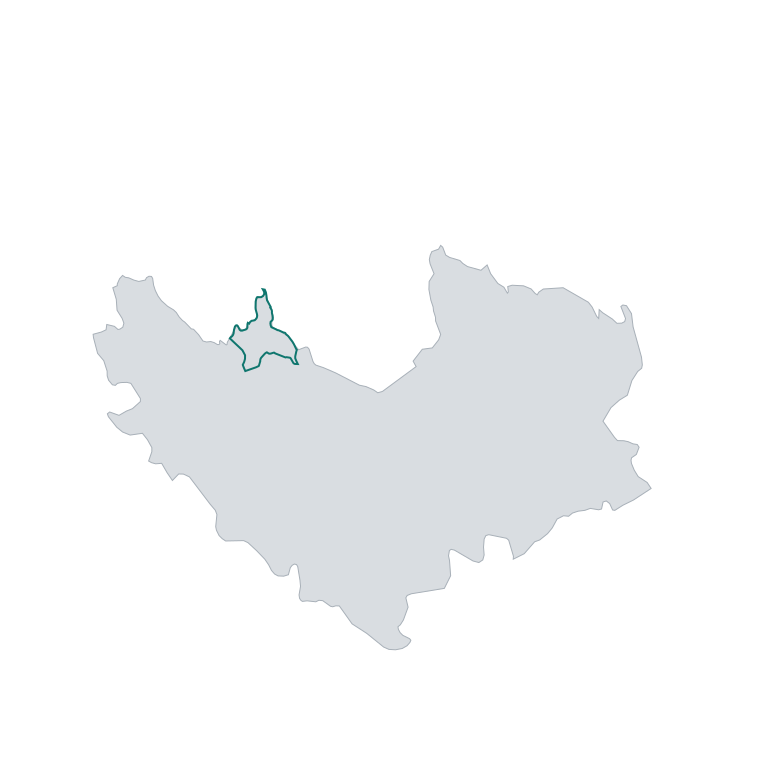 Guinea, with Guéckédou highlighted, rotated 144°
{"feature_id": "GIN-5640", "entity_name": "Guéckédou", "entity_type": "Prefecture", "adm_level": 1, "iso_a3": "GIN", "parent_name": "Guinea", "parent_adm1": "", "projection": "equal_earth", "projection_center": [-10.351, 8.727], "detail": "fine", "context": "in_parent", "style": "outline", "palette": "teal", "viewbox_px": 768, "rotation_deg": 144, "n_neighbors": 0, "source": "natural_earth", "source_scale": "10m", "svg_char_len": 5328}
<svg xmlns="http://www.w3.org/2000/svg" viewBox="0 0 768 768"><g transform="rotate(144 384 384)"><path d="M454.8,512.8L449.8,511.9L447.5,513.2L440.8,523.7L436.7,527.9L430.5,526.6L428.2,527.3L426.6,526.1L428.9,520.3L432.1,508.8L440.3,497.3L440.5,494.9L437.1,488.1L433.6,478.9L433.6,469.0L432.9,461.9L425.6,459.9L424.3,458.7L424.1,456.3L428.2,444.0L428.5,441.5L428.0,439.3L423.5,433.0L416.6,421.4L404.6,397.5L400.1,392.5L395.8,385.2L394.2,380.6L389.7,378.9L347.8,379.2L347.0,385.4L332.6,389.6L323.7,384.8L313.8,387.6L309.0,390.8L305.2,404.7L303.1,407.7L301.0,414.0L299.0,417.4L296.8,424.3L292.1,434.1L287.2,440.4L278.7,443.8L276.1,454.1L274.2,458.0L270.9,461.0L267.4,463.0L260.6,461.0L256.7,462.8L256.1,460.2L258.3,452.0L256.5,447.8L250.0,439.3L249.4,435.2L247.4,429.9L238.7,419.0L230.6,419.7L232.9,410.5L232.8,398.4L230.1,391.8L230.8,385.0L229.3,385.4L226.6,390.1L222.3,388.6L213.4,381.4L209.1,374.4L208.5,368.4L207.6,366.1L204.8,367.3L199.3,367.2L182.5,356.6L170.6,330.0L170.4,323.9L172.2,313.6L171.8,310.8L166.2,317.7L165.2,313.1L161.1,302.4L159.9,296.2L155.9,293.5L152.6,293.0L150.1,295.0L146.8,307.5L144.3,307.5L141.8,304.8L142.4,295.5L148.9,283.8L159.9,254.4L163.8,247.6L166.3,245.3L171.4,245.0L181.4,241.1L193.7,231.9L203.1,232.6L214.2,231.5L228.7,225.2L228.9,205.4L228.4,201.0L223.3,197.1L220.3,193.7L217.8,189.3L214.7,186.2L214.8,182.9L221.2,178.7L227.1,178.8L229.0,177.1L230.5,174.3L232.2,167.2L232.8,159.7L229.0,149.7L229.3,142.5L250.4,143.5L262.0,145.5L271.5,146.1L273.1,147.7L271.7,154.6L272.9,158.7L276.1,159.8L281.5,155.0L284.3,156.1L290.2,162.1L295.7,163.7L301.7,167.0L307.4,168.8L312.4,168.5L316.2,171.9L323.3,173.0L332.4,168.7L339.6,166.8L349.7,166.3L354.9,167.8L370.3,164.3L382.4,166.3L380.5,168.6L374.9,184.4L375.6,187.2L387.8,200.5L390.7,201.5L394.1,199.7L399.4,193.5L403.5,186.8L407.5,183.6L412.2,183.8L416.0,188.5L424.7,208.3L426.9,210.8L429.0,210.8L432.8,207.1L434.7,202.8L442.8,189.7L455.3,183.2L485.1,198.2L489.5,199.3L492.0,198.2L495.7,189.3L507.0,181.7L512.3,179.6L515.4,179.4L516.6,177.0L517.1,173.4L516.5,169.6L513.0,162.9L512.9,160.9L514.9,159.7L519.2,158.7L524.7,159.3L530.9,162.2L536.0,166.4L538.9,171.4L544.5,192.3L550.8,208.7L550.6,230.7L553.4,232.9L556.4,233.9L557.9,235.6L560.9,244.7L563.8,247.3L567.2,247.9L573.7,253.8L577.8,256.1L578.4,257.8L578.3,260.2L576.7,263.3L570.5,269.3L567.4,274.5L561.1,287.0L560.9,289.3L562.3,291.0L564.9,291.3L567.7,290.5L573.5,285.9L578.1,287.5L582.5,291.0L584.2,294.6L584.6,299.3L583.6,305.5L583.4,312.3L585.0,324.0L587.3,335.6L589.6,339.8L604.4,350.1L605.8,354.0L606.5,358.3L605.5,364.2L604.0,367.5L595.9,376.6L594.7,381.0L595.3,389.1L596.0,423.2L599.2,429.0L603.0,431.9L611.9,430.3L611.6,439.8L610.5,450.5L615.7,453.7L618.3,457.0L619.7,460.0L611.6,465.7L609.2,469.0L608.1,477.9L608.4,486.1L619.4,491.9L623.7,498.8L625.6,506.0L626.2,519.5L625.3,522.5L622.4,522.6L616.8,514.4L608.3,513.5L602.0,511.9L591.4,513.0L589.6,515.4L588.4,533.3L591.0,536.4L596.0,539.8L599.3,541.2L602.1,540.8L604.2,543.0L604.6,548.9L603.2,553.2L600.4,557.2L597.0,567.6L597.7,577.1L591.8,592.2L590.1,595.2L582.2,592.2L577.0,591.2L573.3,595.1L568.2,589.1L567.2,584.5L565.3,583.6L561.9,583.5L558.7,586.1L557.3,590.9L556.6,600.6L550.8,609.9L546.8,621.3L542.0,620.3L541.0,621.7L536.0,624.6L531.7,625.5L530.6,622.4L528.1,619.9L525.3,615.1L522.1,611.1L516.0,608.4L513.6,609.6L510.8,609.3L508.9,607.7L509.1,605.4L512.3,599.4L514.1,593.9L515.1,587.9L515.1,582.2L513.4,574.1L510.7,567.7L510.0,564.0L510.3,558.7L509.7,553.8L508.8,551.2L507.5,541.9L505.9,540.2L505.0,532.8L505.2,525.2L502.9,522.3L499.2,520.2L497.0,517.2L495.6,513.8L494.3,512.9L493.2,513.1L492.1,515.1L490.9,515.6L488.7,508.4L487.8,508.2L486.3,509.8L469.2,517.7L467.0,511.0L463.8,509.7L458.1,512.5L454.8,512.8Z" fill="#d9dde1" stroke="#a8b0b8" stroke-width="1"/><path d="M434.5,463.5L434.4,462.9L435.8,461.9L439.5,458.6L440.4,457.4L440.7,457.0L441.4,454.2L442.0,450.8L444.3,452.6L444.7,453.2L445.0,454.1L444.4,459.6L444.5,460.2L444.7,460.6L447.1,463.0L448.1,463.4L454.1,472.8L454.2,473.3L454.3,473.7L454.5,474.0L455.1,474.3L457.8,475.2L458.8,475.8L459.4,476.5L460.0,478.2L460.2,478.5L461.0,478.6L462.5,478.6L467.7,477.5L468.8,477.1L469.7,476.4L470.2,475.9L470.7,475.2L474.1,472.6L474.8,472.2L477.6,472.7L488.6,476.0L487.8,479.6L487.0,482.5L484.1,484.1L481.7,486.0L479.5,488.9L478.7,494.5L481.9,511.5L480.9,511.8L480.6,511.9L479.3,511.9L478.2,512.1L477.2,512.5L476.0,513.3L473.5,516.0L470.8,518.1L469.4,518.4L468.5,518.0L468.2,516.8L468.9,512.7L468.5,511.4L467.5,510.6L463.7,509.3L462.6,509.3L461.5,509.8L459.3,512.7L458.2,513.5L457.6,512.1L456.3,512.7L455.6,512.9L454.9,512.9L454.1,513.0L453.6,512.8L453.0,512.4L451.2,511.6L450.8,511.6L448.8,512.0L447.8,512.5L447.0,513.2L446.2,514.1L445.6,515.4L444.0,519.7L443.2,521.1L439.3,526.2L437.0,528.2L435.7,528.8L435.1,528.6L433.2,527.0L432.2,526.4L430.0,526.3L428.1,527.1L426.8,529.0L426.4,531.9L425.0,530.4L425.7,527.5L427.2,524.5L428.4,522.6L429.4,520.5L430.4,512.8L431.1,512.7L431.2,512.0L431.2,510.9L431.4,509.7L431.9,508.7L432.9,507.4L433.9,504.8L435.0,502.9L436.2,501.5L437.6,501.1L439.1,501.0L440.3,499.8L441.2,498.1L441.7,496.2L438.9,491.1L438.6,490.3L437.6,489.3L434.9,484.5L434.7,484.3L434.2,483.9L434.0,483.5L433.9,483.2L434.0,482.3L434.0,481.9L433.4,479.4L433.3,478.5L433.2,472.0L433.5,469.0L434.5,463.7L434.5,463.5Z" fill="none" stroke="#0f766e" stroke-width="2"/></g></svg>